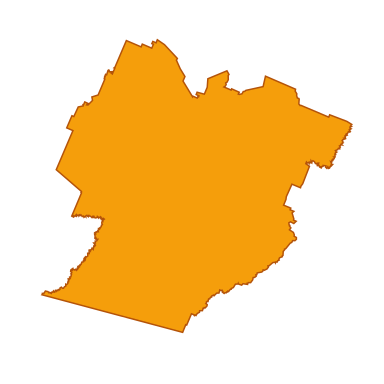 outline of Walgett, New South Wales, Australia, rotated 195°
{"feature_id": "25037944B85732743205299", "entity_name": "Walgett", "entity_type": "district", "adm_level": 2, "iso_a3": "AUS", "parent_name": "Australia", "parent_adm1": "New South Wales", "projection": "natural_earth1", "projection_center": [148.338, -29.79], "detail": "fine", "context": "isolated", "style": "filled", "palette": "amber", "viewbox_px": 384, "rotation_deg": 195, "n_neighbors": 0, "source": "geoboundaries", "source_scale": "gbopen_adm2", "svg_char_len": 5891}
<svg xmlns="http://www.w3.org/2000/svg" viewBox="0 0 384 384"><g transform="rotate(195 192 192)"><path d="M54.4,298.4L60.7,300.3L79.0,302.2L79.3,299.7L109.3,303.9L109.9,303.5L111.6,304.7L112.5,309.4L113.0,310.0L114.5,310.0L115.8,312.0L116.2,314.0L118.4,316.1L118.6,318.1L151.0,322.9L150.6,312.2L166.3,304.1L167.2,302.8L168.5,302.3L169.1,299.8L171.5,298.5L172.6,298.5L172.2,300.6L180.4,301.9L180.6,300.6L188.3,301.7L187.2,303.0L186.8,304.6L187.7,306.1L186.6,307.1L186.0,309.8L187.2,313.9L186.7,315.1L189.6,318.1L206.0,305.5L204.4,297.1L205.4,289.7L212.9,289.7L213.2,287.2L210.2,286.7L210.3,285.6L211.0,285.7L211.3,284.1L216.0,284.8L216.1,284.1L229.4,296.8L228.7,301.7L235.2,307.9L241.2,315.3L240.7,317.2L256.7,327.2L264.9,330.1L265.3,326.8L268.8,327.3L269.2,324.9L267.5,324.7L268.1,320.5L278.3,322.0L278.7,319.0L294.6,321.3L298.7,292.7L299.4,291.7L298.6,291.6L299.5,285.4L300.9,286.0L300.2,286.9L300.7,287.0L300.5,287.5L302.9,286.7L303.6,288.2L304.0,288.2L303.9,287.4L304.6,287.5L304.8,283.1L305.9,283.3L306.2,280.9L305.8,281.0L306.1,278.7L305.4,278.5L307.8,261.4L313.3,257.9L311.8,254.7L315.0,249.1L316.3,248.9L315.6,250.7L318.9,251.2L319.3,248.4L319.9,248.2L319.4,247.0L323.9,244.7L325.7,234.3L327.7,234.6L329.6,221.5L322.9,220.5L328.9,178.4L298.9,163.9L299.1,162.8L298.5,162.5L302.0,137.0L301.6,137.6L300.5,137.3L300.6,138.3L299.7,137.5L299.4,138.4L298.1,138.6L298.2,139.2L297.4,138.8L297.5,140.2L296.5,139.6L294.9,140.8L294.8,139.8L294.0,140.9L293.4,140.5L293.0,141.0L291.7,139.9L290.6,140.6L289.8,139.6L288.8,141.0L288.2,140.6L288.4,141.2L287.5,142.3L286.6,141.6L285.8,142.5L285.5,141.6L285.0,142.4L283.7,142.3L282.0,141.4L281.6,142.6L280.9,142.0L280.5,143.1L279.5,142.0L278.3,142.0L277.1,142.8L277.1,143.8L275.6,142.8L275.6,143.4L274.9,143.2L274.1,144.2L273.6,143.4L273.5,144.1L272.2,142.9L271.6,143.2L271.9,142.2L270.9,142.4L270.5,143.4L269.7,143.1L271.0,141.2L270.6,140.5L271.2,140.5L271.2,138.7L270.1,137.3L270.9,136.5L270.7,135.0L272.0,133.3L271.6,132.9L272.7,132.5L272.0,131.8L272.9,130.8L272.3,129.5L273.2,129.6L273.6,128.4L274.2,128.7L275.4,127.5L274.3,126.5L275.2,126.1L274.2,124.4L273.8,122.1L273.1,121.7L272.8,122.7L271.8,121.6L270.8,121.9L271.4,120.1L272.8,119.5L272.1,117.8L273.7,117.3L271.5,115.6L271.9,114.6L272.5,115.2L272.9,114.6L272.6,111.0L274.0,111.9L274.3,110.2L275.1,109.8L274.9,108.8L275.9,109.5L276.4,109.2L275.3,105.9L276.3,105.6L277.1,106.4L276.1,103.2L277.2,101.9L277.9,102.0L277.7,100.1L278.6,100.9L279.1,99.8L277.9,98.2L278.5,98.1L278.5,97.4L279.1,97.7L279.2,96.1L280.3,95.7L280.4,93.4L281.3,92.9L280.9,92.0L282.1,91.3L281.6,90.5L282.9,90.4L282.3,89.4L282.8,89.1L282.3,88.6L282.6,87.6L283.0,87.8L283.4,86.6L284.2,87.4L285.0,86.3L286.4,86.7L287.0,85.9L287.4,87.2L288.4,86.0L287.9,85.1L288.8,85.1L288.7,83.9L287.3,83.1L287.8,81.6L287.1,81.4L287.1,78.7L288.1,78.2L287.6,77.4L288.1,76.9L287.4,76.8L288.2,75.1L288.7,75.3L288.1,74.2L288.6,73.7L288.1,73.2L288.6,72.6L288.3,71.4L289.1,70.2L290.1,70.3L289.6,68.4L290.7,67.4L291.2,65.8L292.3,65.5L293.5,66.3L294.6,65.3L294.4,63.8L295.0,63.7L294.9,63.1L296.0,63.0L296.1,62.0L296.8,62.1L297.2,61.3L297.5,61.9L298.5,61.7L298.7,59.7L299.5,59.6L300.2,60.5L300.8,59.0L301.6,58.9L301.7,57.6L302.5,57.8L302.6,58.7L302.8,57.9L303.6,58.2L304.1,57.6L305.3,58.5L308.0,58.4L308.7,56.0L310.3,55.3L309.9,54.7L310.3,53.9L164.7,54.0L163.7,62.2L162.7,62.1L161.0,74.2L158.7,74.0L157.7,73.2L157.2,74.1L156.2,73.7L155.5,76.0L153.7,77.7L153.9,79.3L151.2,80.1L151.2,82.5L150.5,82.5L150.3,83.5L149.2,83.5L148.0,85.9L148.2,87.2L149.8,87.8L149.3,88.9L149.6,89.6L148.8,90.6L148.2,90.5L148.3,93.0L147.3,93.3L147.2,94.3L146.0,95.6L146.4,95.7L146.0,96.8L144.9,97.7L144.1,97.5L144.2,98.1L143.5,98.1L142.0,100.7L139.8,101.4L139.8,104.6L138.1,104.2L137.6,104.9L136.3,103.7L136.6,103.1L134.7,102.3L134.0,103.3L132.8,103.5L132.6,104.5L131.7,104.6L131.8,105.5L130.8,105.5L130.0,107.6L128.9,108.3L129.1,108.9L127.3,110.4L126.2,114.2L123.6,115.1L123.6,115.6L123.2,115.1L119.9,114.9L119.0,116.6L114.6,117.1L114.9,117.7L114.4,117.6L114.3,119.0L111.9,119.6L110.6,122.9L110.8,125.2L109.4,125.7L108.2,127.3L108.9,128.5L108.0,128.9L108.1,130.7L104.0,132.7L103.2,133.6L103.1,135.2L101.9,135.1L99.6,137.1L98.8,139.2L99.5,140.3L98.4,140.7L95.7,144.7L93.3,145.8L93.0,145.2L92.7,146.3L91.6,146.4L91.4,147.8L90.2,148.8L90.7,149.4L90.4,151.1L88.1,152.8L88.3,153.7L87.7,154.2L88.5,158.2L87.5,160.4L87.8,160.8L86.7,161.7L83.9,168.0L82.6,169.1L82.2,171.1L80.0,171.6L78.9,173.3L79.4,175.1L81.9,175.7L82.1,177.1L83.6,179.2L88.1,180.7L87.2,182.9L89.1,184.4L88.9,185.1L89.7,185.4L90.5,187.3L89.1,188.7L85.5,187.9L83.8,190.7L86.7,191.1L86.7,192.4L89.9,197.7L88.6,199.7L92.6,200.2L92.4,202.0L100.1,203.0L99.3,209.2L99.7,211.8L97.5,225.4L88.3,224.2L88.3,225.8L87.2,228.6L85.2,247.2L89.4,248.8L89.2,250.6L88.1,249.8L86.9,250.9L86.2,249.9L86.1,251.2L84.8,250.9L85.1,252.9L83.9,251.7L84.0,252.6L83.3,253.5L81.6,253.0L80.1,251.4L78.9,251.8L78.4,251.0L78.3,252.3L77.1,252.7L77.2,250.1L76.1,250.5L75.3,249.3L73.9,249.9L74.5,249.0L73.4,248.7L73.2,249.9L72.0,250.9L72.2,251.6L69.4,251.9L69.4,250.6L68.0,249.8L67.4,251.5L66.4,250.0L65.6,250.6L66.5,251.5L65.4,250.9L65.0,252.3L64.3,252.2L65.0,252.6L64.7,253.9L64.1,253.4L63.4,254.8L64.4,254.5L64.2,255.0L65.8,257.1L64.8,256.9L65.1,258.7L64.4,258.7L64.6,259.8L63.9,259.8L64.0,260.5L63.4,260.8L63.3,262.2L64.0,262.6L62.9,263.0L63.7,265.3L63.0,265.5L63.7,266.6L62.6,267.9L63.4,267.9L63.5,268.9L64.1,269.2L62.2,270.7L61.9,272.1L60.5,271.9L60.8,273.6L59.9,273.4L61.5,274.7L60.4,275.7L60.5,276.4L59.5,276.4L60.2,276.8L58.8,278.6L59.5,278.8L59.4,280.0L60.3,280.5L59.8,281.7L58.0,282.9L58.8,283.3L57.7,283.6L58.3,284.3L57.8,284.9L58.3,284.6L58.7,285.4L58.1,285.4L58.2,286.4L57.5,286.7L58.2,286.9L58.0,288.1L57.1,288.0L57.0,288.7L57.6,289.1L56.9,289.0L56.6,290.6L55.3,290.7L55.6,291.2L54.9,291.6L56.2,292.7L54.7,294.2L55.8,294.4L56.2,295.5L55.1,296.4L55.9,296.5L55.4,298.6L54.4,298.4Z" fill="#f59e0b" stroke="#b45309" stroke-width="1.5"/></g></svg>